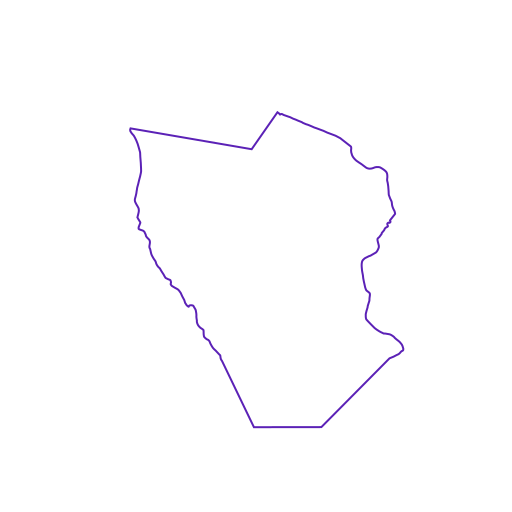 outline of Soledad, El Paraíso, Honduras, rotated 213°
{"feature_id": "27666195B67097486402294", "entity_name": "Soledad", "entity_type": "district", "adm_level": 2, "iso_a3": "HND", "parent_name": "Honduras", "parent_adm1": "El Paraíso", "projection": "mercator", "projection_center": [-87.146, 13.616], "detail": "fine", "context": "isolated", "style": "outline", "palette": "violet", "viewbox_px": 512, "rotation_deg": 213, "n_neighbors": 0, "source": "geoboundaries", "source_scale": "gbopen_adm2", "svg_char_len": 6086}
<svg xmlns="http://www.w3.org/2000/svg" viewBox="0 0 512 512"><g transform="rotate(213 256 256)"><path d="M313.7,388.1L316.3,388.2L317.8,343.2L430.7,294.7L430.5,293.9L430.4,293.5L429.8,292.7L429.4,292.3L428.6,291.9L427.5,291.4L426.3,291.0L424.8,290.6L424.1,290.4L422.9,289.8L421.6,289.1L419.3,287.7L417.6,286.5L416.2,285.5L413.4,283.1L410.1,280.2L409.6,279.7L409.0,278.9L407.0,276.1L403.3,271.3L400.0,266.7L398.7,264.8L398.3,264.1L398.0,263.4L397.7,262.7L396.5,259.5L395.4,256.1L393.9,251.9L393.1,249.3L392.7,248.2L392.2,247.2L391.3,245.1L390.5,243.4L389.5,240.7L388.9,238.8L388.6,237.9L388.2,237.1L387.7,236.4L387.3,236.0L387.0,235.7L385.9,235.0L384.5,234.2L382.3,233.1L381.2,232.5L380.3,231.9L379.7,231.2L379.0,230.3L378.7,229.8L378.3,228.9L377.9,227.9L376.7,224.4L376.5,223.8L376.1,223.6L375.3,223.1L371.7,221.4L371.4,221.2L371.2,221.0L371.0,220.5L370.8,219.5L370.4,217.6L370.2,216.6L370.0,216.0L369.7,215.6L369.5,215.2L369.2,214.9L368.8,214.8L368.4,214.8L367.0,215.1L365.1,215.6L364.5,215.7L364.0,215.7L363.3,215.6L362.6,215.4L361.7,214.8L360.2,213.9L359.2,212.9L358.6,212.6L358.2,212.4L357.2,212.1L354.8,211.6L354.2,211.4L353.9,211.2L353.5,210.9L353.1,210.6L352.8,210.2L352.5,209.8L352.1,209.2L351.7,208.3L350.8,206.2L350.3,205.5L349.9,205.0L349.5,204.7L348.9,204.4L348.5,204.1L345.2,200.9L344.3,200.2L343.0,199.4L340.5,198.1L339.8,197.8L338.3,197.2L337.4,196.8L336.7,196.3L335.9,195.6L335.4,195.2L334.6,194.7L333.8,194.3L332.8,193.9L332.2,193.7L331.5,193.5L330.6,193.4L329.8,193.2L327.1,191.8L323.3,190.1L321.5,189.1L320.2,188.5L319.8,188.4L319.5,188.4L317.0,188.7L315.2,189.1L314.8,189.1L314.7,189.1L313.8,188.5L313.4,188.1L313.1,187.8L312.7,187.2L312.4,186.3L312.2,185.9L311.7,185.6L311.0,185.3L310.4,185.1L309.6,185.1L306.7,185.2L304.2,185.4L303.2,185.4L302.6,185.3L301.8,185.1L300.5,184.6L299.2,184.1L298.5,183.7L297.6,183.1L295.7,181.9L292.2,180.0L289.9,178.1L288.3,177.4L287.7,177.1L287.1,176.9L286.2,176.8L285.2,176.7L284.9,176.8L284.9,178.0L284.8,178.3L284.6,178.5L284.1,179.0L283.6,179.3L283.0,179.7L282.2,180.0L281.5,180.1L281.2,180.0L280.9,179.8L279.3,179.0L277.5,178.1L277.2,177.8L276.8,177.5L275.6,176.2L274.7,175.2L273.8,174.0L273.0,172.7L272.4,171.9L271.9,171.3L271.1,170.4L270.6,169.9L269.6,168.4L269.2,168.1L268.7,167.6L267.7,166.9L267.0,166.5L266.3,166.2L265.4,165.9L264.5,165.7L263.5,165.5L262.1,165.5L261.2,165.5L260.2,165.4L259.8,165.3L259.5,165.0L259.0,164.4L257.3,161.9L256.7,161.2L255.9,160.3L255.6,160.1L255.3,159.9L254.0,159.6L252.7,159.4L251.7,159.4L250.4,159.6L249.8,159.5L249.3,159.4L248.7,159.2L248.4,159.0L247.9,158.7L246.7,157.8L244.7,156.7L243.5,156.1L242.1,155.5L241.4,155.3L240.7,155.1L238.3,154.7L233.1,153.4L232.3,153.3L232.0,153.2L231.8,153.1L231.2,152.4L229.9,150.9L229.5,150.6L229.1,150.3L228.2,149.8L227.4,149.5L164.5,111.3L108.0,148.1L88.3,242.9L85.8,246.5L84.3,249.2L83.5,250.5L83.1,251.1L82.7,252.1L82.5,253.0L82.3,254.5L82.2,255.0L82.0,255.6L81.5,256.3L81.4,256.6L81.3,257.0L81.4,257.5L81.7,258.0L82.0,258.5L82.7,259.1L83.4,259.7L84.1,260.3L84.8,260.7L85.2,261.0L85.9,261.3L87.8,261.9L88.9,262.2L90.6,262.4L92.9,262.6L94.3,262.8L95.0,262.9L95.9,263.2L96.4,263.3L97.7,263.4L99.5,263.4L100.3,263.3L100.8,263.2L101.3,263.1L102.0,262.8L104.8,261.6L105.7,261.2L106.4,260.7L106.8,260.5L107.9,260.4L110.1,260.1L111.9,260.0L113.4,260.0L114.6,260.0L116.3,260.1L117.3,260.2L118.7,260.5L122.4,261.3L126.7,262.3L128.5,262.8L128.9,262.9L129.2,263.1L129.9,263.7L130.7,264.6L131.7,266.1L132.1,266.7L132.4,267.3L132.6,267.8L133.4,270.1L134.3,273.2L134.5,273.8L135.0,274.8L135.2,275.4L135.9,277.9L136.5,280.1L136.8,280.7L137.7,282.2L138.1,283.0L139.0,284.9L139.3,285.5L139.7,286.0L140.0,286.4L140.2,286.6L140.5,286.7L141.0,286.9L141.8,287.0L144.2,287.2L144.6,287.3L145.0,287.4L145.4,287.7L145.9,288.0L147.3,289.1L151.7,293.4L154.0,295.8L155.8,298.0L157.8,300.1L159.1,301.5L161.0,303.9L161.9,305.1L162.5,306.0L163.1,307.0L163.6,308.1L163.9,308.8L164.1,309.6L164.1,310.3L164.1,311.1L163.9,311.8L163.6,313.1L163.1,314.1L161.7,316.5L161.1,317.5L160.1,318.7L159.9,319.2L157.4,324.1L157.3,324.4L157.2,324.8L157.1,326.3L157.2,327.5L157.4,328.8L157.6,329.8L157.9,330.5L158.5,331.4L159.2,332.1L161.8,334.5L162.6,335.3L163.1,336.0L163.3,336.3L163.4,336.6L163.4,337.1L163.3,337.7L162.9,339.1L162.7,342.4L162.7,343.0L163.0,343.7L163.0,344.2L162.6,347.3L162.6,347.5L162.7,348.0L162.8,348.4L162.8,349.1L162.8,349.7L162.7,350.1L162.5,350.6L162.1,351.4L161.7,352.0L161.6,352.5L161.6,352.8L161.8,353.1L162.0,353.2L162.5,353.6L162.8,353.8L163.4,354.5L163.5,354.8L163.4,355.5L163.2,355.9L163.1,356.1L162.9,356.2L162.3,356.4L162.1,356.6L161.9,356.9L161.8,357.2L161.8,357.8L162.0,358.1L162.3,358.4L162.7,358.5L162.8,358.6L163.0,358.8L163.0,359.0L163.0,359.8L162.8,361.4L162.3,366.8L162.3,367.1L162.8,367.7L163.5,368.4L164.2,369.0L164.8,369.4L165.8,369.9L166.4,370.3L167.6,371.1L168.5,371.8L169.6,372.8L170.5,373.9L171.5,375.1L172.2,375.7L174.8,377.3L177.8,379.5L178.4,380.2L180.1,382.6L183.1,386.5L185.4,389.1L186.9,390.5L187.4,391.1L187.7,391.6L188.3,392.7L188.8,393.7L189.7,395.0L190.5,396.0L190.9,396.4L191.3,396.7L191.7,397.0L192.2,397.3L193.1,397.6L194.7,397.9L196.3,398.0L198.5,398.0L200.1,397.9L200.5,397.8L201.0,397.6L201.7,397.3L202.6,396.7L203.3,396.3L203.8,395.8L204.3,395.4L205.0,394.5L205.8,393.4L206.3,392.8L207.1,392.0L207.9,391.4L208.8,390.8L209.4,390.6L209.9,390.4L210.6,390.2L211.4,390.1L212.0,390.1L218.0,390.5L220.5,390.5L223.6,390.6L224.9,390.8L226.6,391.2L228.1,391.7L229.2,392.2L230.5,393.0L231.5,393.9L232.4,394.6L233.3,395.7L233.9,396.5L234.5,397.7L235.0,398.5L235.5,399.1L235.7,399.3L235.9,399.4L236.2,399.5L237.1,399.6L239.5,399.8L246.4,400.4L249.5,400.7L250.5,400.6L254.8,400.2L257.1,399.7L259.4,399.2L263.4,398.3L267.7,397.7L268.5,397.5L269.4,397.3L275.2,396.0L277.1,395.5L279.7,395.1L283.1,394.5L284.4,394.2L285.7,393.8L289.1,393.2L290.4,393.2L291.0,393.1L294.5,392.4L297.0,392.0L299.6,391.4L303.0,391.0L304.5,390.6L308.6,389.6L309.8,389.3L311.0,389.3L311.4,389.2L311.8,389.1L312.1,388.8L312.4,388.5L312.7,387.9L312.8,387.8L313.0,387.8L313.2,387.7L313.4,387.8L313.5,387.9L313.7,388.1Z" fill="none" stroke="#5b21b6" stroke-width="2"/></g></svg>